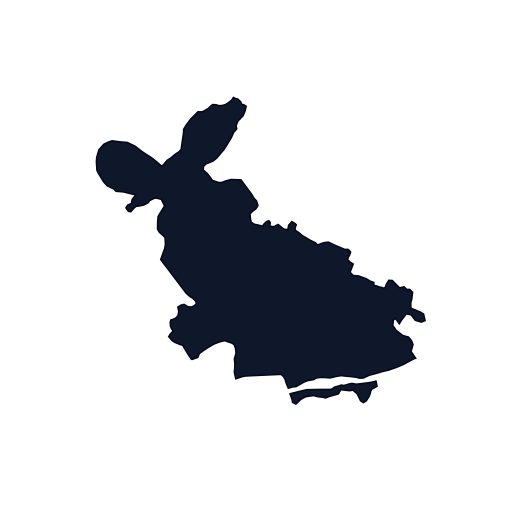 outline of Markz Matay, Al Minya, Egypt, rotated 33°
{"feature_id": "37247803B33553459827704", "entity_name": "Markz Matay", "entity_type": "district", "adm_level": 2, "iso_a3": "EGY", "parent_name": "Egypt", "parent_adm1": "Al Minya", "projection": "robinson", "projection_center": [30.727, 28.431], "detail": "fine", "context": "isolated", "style": "filled", "palette": "ink", "viewbox_px": 512, "rotation_deg": 33, "n_neighbors": 0, "source": "geoboundaries", "source_scale": "gbopen_adm2", "svg_char_len": 4859}
<svg xmlns="http://www.w3.org/2000/svg" viewBox="0 0 512 512"><g transform="rotate(33 256 256)"><path d="M152.2,135.2L150.7,135.3L150.7,138.5L149.3,142.6L147.8,145.8L145.5,148.3L143.2,150.0L140.1,150.9L137.1,152.6L136.3,155.0L135.6,158.3L132.7,164.0L130.4,165.7L128.8,166.5L128.1,169.8L126.7,176.3L126.1,184.4L126.3,189.3L127.9,191.7L135.2,207.6L134.5,210.9L133.0,214.2L130.9,220.7L129.4,224.0L128.7,229.6L128.0,232.1L125.7,231.7L121.6,231.1L115.8,230.5L103.7,230.5L94.5,229.7L86.1,230.9L79.8,234.3L72.6,237.7L70.0,241.0L67.5,245.1L66.4,252.4L67.4,255.9L68.7,260.1L70.7,263.8L75.9,270.8L79.1,272.7L82.8,274.4L87.7,276.8L93.0,278.2L97.6,277.6L100.1,277.2L103.4,278.0L109.6,274.6L121.9,270.3L121.3,275.9L122.9,279.9L120.6,283.2L120.7,286.5L124.6,288.0L126.9,287.1L127.6,282.3L128.3,279.8L132.1,276.5L134.4,274.0L136.6,269.9L136.6,267.5L139.6,262.5L141.1,261.7L145.7,260.0L152.0,263.8L152.2,271.6L152.2,272.2L152.2,272.7L152.3,276.0L154.8,280.8L158.8,287.1L159.9,287.7L161.9,288.7L166.6,289.4L169.7,290.1L173.7,295.6L175.4,299.6L176.3,303.7L178.0,310.9L181.7,312.3L186.9,314.1L214.0,323.9L217.9,325.3L222.6,326.0L225.8,325.9L229.6,326.6L231.9,328.2L231.8,328.8L231.2,331.4L229.7,333.9L226.7,335.6L222.0,335.7L219.7,338.2L218.3,341.4L221.4,344.6L223.1,348.6L222.4,351.9L220.9,354.3L219.4,356.0L220.2,358.4L222.6,361.6L225.0,363.1L227.3,363.9L226.6,368.7L226.7,369.9L226.7,371.2L232.2,372.7L235.3,372.6L240.7,371.6L243.0,370.8L247.7,373.1L252.4,375.4L257.9,377.7L258.7,377.6L260.4,375.4L262.4,372.7L261.6,368.7L263.8,363.0L266.0,358.1L269.0,352.3L271.9,348.4L272.7,347.4L275.8,344.1L279.6,343.2L282.7,342.3L285.8,342.2L287.7,343.6L289.0,344.5L292.2,348.5L293.9,354.1L297.1,358.1L299.5,362.1L301.1,365.3L305.9,370.0L308.4,366.9L310.3,364.5L311.3,363.6L312.2,362.7L314.6,360.9L338.6,343.7L341.6,341.6L345.0,342.2L348.0,343.9L348.8,344.7L351.3,346.7L355.1,349.3L357.9,346.0L360.8,343.7L362.4,340.5L362.7,340.0L364.8,335.8L367.1,332.5L368.5,331.2L371.5,328.5L373.2,325.3L376.2,322.8L379.9,320.4L384.6,317.9L388.9,313.3L392.5,310.0L396.7,307.9L401.6,305.3L406.0,303.2L409.5,302.0L412.5,299.9L414.0,297.4L416.1,294.2L419.9,290.0L421.4,288.3L425.3,283.7L429.1,279.8L434.5,272.9L438.9,266.3L442.5,259.6L443.5,257.9L444.6,256.0L445.6,254.8L438.0,251.6L436.7,247.2L436.3,246.1L435.9,244.8L432.7,242.4L428.0,240.9L422.6,242.7L414.1,242.0L409.4,240.1L408.6,239.8L406.1,235.0L406.9,232.5L409.2,233.3L413.1,234.8L413.0,230.8L413.6,222.6L418.3,220.9L424.5,223.2L428.4,222.1L430.7,221.4L433.0,218.1L428.2,213.4L424.3,213.5L414.3,215.4L411.1,210.6L410.2,207.4L409.5,206.0L408.6,204.2L407.0,201.0L406.2,201.0L403.1,200.3L400.8,201.9L396.9,201.2L393.8,204.5L383.7,202.3L380.6,204.0L380.7,208.9L381.6,212.1L380.1,213.7L378.5,213.8L377.0,214.6L373.1,215.5L371.3,216.2L370.8,216.4L369.2,214.0L365.3,214.9L360.7,215.0L356.1,216.1L352.9,216.8L348.3,219.4L344.4,218.6L343.6,217.9L342.8,213.8L341.9,209.8L340.4,209.8L338.8,209.9L334.9,209.2L334.1,206.8L334.0,204.3L333.2,201.1L330.8,200.4L329.3,200.4L327.0,202.1L325.1,202.4L324.0,202.6L316.9,203.9L309.2,204.9L306.1,207.4L305.1,208.6L304.6,209.1L301.6,213.2L298.5,212.5L293.2,213.2L291.5,213.3L288.3,213.4L283.7,213.6L278.8,213.0L278.3,213.0L275.2,213.0L273.6,211.5L272.8,207.9L271.2,207.5L267.3,207.6L266.6,212.4L268.3,216.5L265.7,217.9L265.2,218.1L263.6,218.2L258.3,217.6L257.4,217.5L255.9,220.0L255.9,220.8L253.6,222.5L251.3,223.3L249.7,220.1L247.4,219.4L245.9,221.9L245.2,225.1L245.2,226.7L245.2,227.5L242.1,228.4L237.5,230.2L233.6,230.3L231.2,227.9L228.0,223.9L228.7,220.7L230.2,216.6L230.2,214.3L230.1,212.5L226.2,209.4L223.0,208.7L219.6,207.0L218.3,206.4L201.9,200.3L194.6,204.7L193.4,205.4L189.7,209.5L187.4,212.8L185.1,214.5L182.0,215.4L179.4,216.0L178.1,216.3L174.2,214.7L169.5,213.2L164.9,212.6L164.5,211.8L163.2,209.4L163.9,206.1L166.2,202.8L168.4,199.5L169.9,194.6L170.5,189.0L171.2,184.1L171.1,177.6L170.9,170.3L170.0,164.7L170.4,161.3L170.6,159.8L168.3,157.5L167.4,152.6L168.1,149.4L168.2,148.4L168.8,145.3L167.9,140.5L166.2,135.7L163.1,135.8L161.6,136.6L159.2,135.0L155.3,134.3L152.2,135.2ZM364.6,356.9L366.2,358.8L370.1,358.5L370.9,355.4L371.4,352.9L372.2,350.7L373.3,348.8L374.6,346.7L380.3,341.7L381.7,341.3L383.4,340.7L384.4,340.4L388.1,338.5L390.1,337.7L391.9,337.0L393.8,334.1L400.2,326.8L400.1,324.3L399.9,322.0L407.9,318.0L409.1,316.9L410.2,315.7L416.2,316.6L421.1,319.6L422.5,320.5L425.9,320.5L427.4,317.4L427.3,311.9L426.7,309.0L425.7,306.6L425.7,304.4L426.8,302.6L428.5,299.3L425.3,296.0L424.8,295.5L424.7,295.5L423.5,297.1L419.8,300.6L418.3,301.9L415.7,304.1L409.9,308.9L405.8,310.6L403.7,312.7L402.6,314.0L401.8,315.0L400.1,316.8L398.9,317.3L397.9,317.7L396.3,319.7L394.5,321.8L393.4,323.0L392.3,325.6L391.7,326.9L389.1,328.6L385.8,330.8L381.2,333.8L375.6,337.6L371.3,340.5L369.0,342.9L365.5,346.6L363.0,349.3L361.0,351.4L359.6,353.1L364.6,356.9Z" fill="#0f172a" stroke="#020617" stroke-width="1.5"/></g></svg>